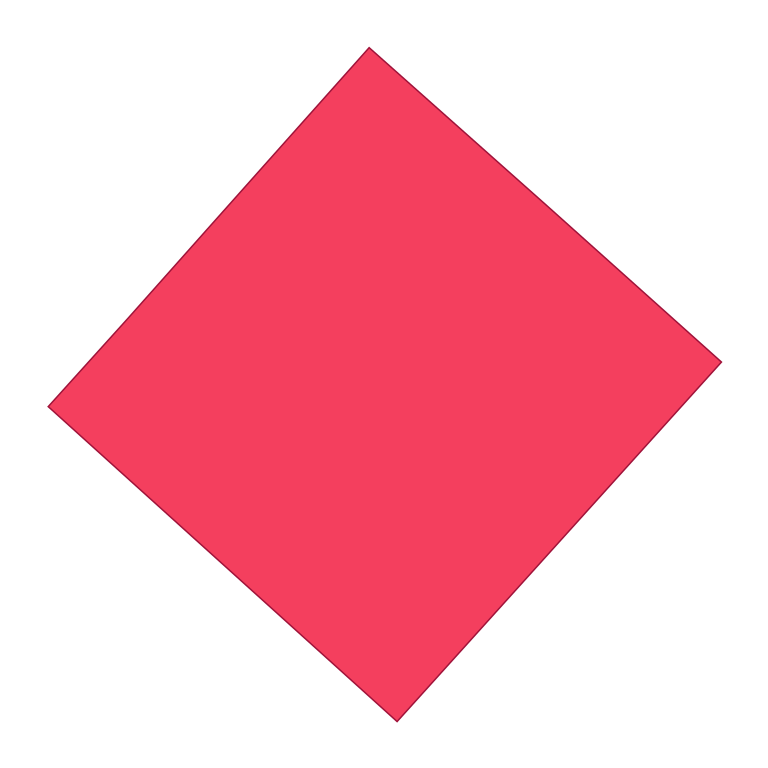 Marshall, Iowa, United States of America, rotated 312°
{"feature_id": "52423323B44218034529984", "entity_name": "Marshall", "entity_type": "district", "adm_level": 2, "iso_a3": "USA", "parent_name": "United States of America", "parent_adm1": "Iowa", "projection": "equal_earth", "projection_center": [-93.014, 42.036], "detail": "fine", "context": "isolated", "style": "filled", "palette": "rose", "viewbox_px": 768, "rotation_deg": 312, "n_neighbors": 0, "source": "geoboundaries", "source_scale": "gbopen_adm2", "svg_char_len": 267}
<svg xmlns="http://www.w3.org/2000/svg" viewBox="0 0 768 768"><g transform="rotate(312 384 384)"><path d="M142.5,149.6L141.9,619.6L626.1,620.1L625.5,385.5L624.0,147.9L381.1,149.1L260.6,149.8L142.5,149.6Z" fill="#f43f5e" stroke="#9f1239" stroke-width="1.5"/></g></svg>